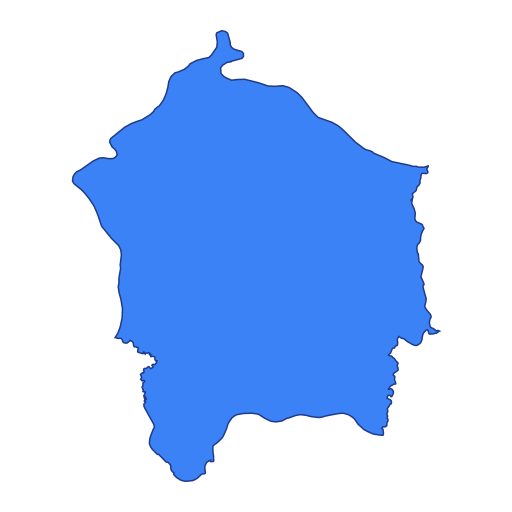 Kossi, Kossi, Burkina Faso
{"feature_id": "67063806B77397496256894", "entity_name": "Kossi", "entity_type": "district", "adm_level": 2, "iso_a3": "BFA", "parent_name": "Burkina Faso", "parent_adm1": "Kossi", "projection": "albers", "projection_center": [-3.794, 12.935], "detail": "fine", "context": "isolated", "style": "filled", "palette": "blue", "viewbox_px": 512, "rotation_deg": 0, "n_neighbors": 0, "source": "geoboundaries", "source_scale": "gbopen_adm2", "svg_char_len": 6073}
<svg xmlns="http://www.w3.org/2000/svg" viewBox="0 0 512 512"><path d="M439.5,331.1L437.8,330.4L436.9,330.9L436.3,330.7L433.1,328.4L431.7,328.0L430.6,327.2L429.8,325.3L429.4,323.0L429.8,319.7L431.1,317.1L430.9,315.5L430.1,314.0L426.9,310.3L425.4,307.9L424.6,306.2L425.8,302.0L426.2,298.9L422.9,286.8L423.5,285.0L424.1,284.5L423.4,282.2L420.9,276.8L422.8,269.1L423.2,266.6L422.3,264.8L420.8,263.7L419.0,261.7L418.3,253.8L417.4,252.8L416.8,248.0L417.3,245.0L419.3,242.9L420.5,240.5L420.6,237.4L421.2,234.3L422.8,230.4L423.4,229.8L424.0,228.4L423.7,227.6L422.8,226.4L422.5,225.0L421.6,224.1L416.3,221.8L414.8,219.1L415.3,213.2L414.1,208.5L412.1,204.5L411.7,203.0L412.3,199.5L411.1,200.2L411.2,199.7L412.6,198.3L413.0,196.7L412.5,195.4L412.5,193.6L415.9,190.8L416.4,189.6L417.0,186.9L418.9,185.2L420.1,182.9L419.8,181.0L420.8,178.0L421.0,175.2L421.2,174.5L421.8,173.6L422.5,173.3L426.5,173.6L427.7,172.8L427.8,171.4L426.7,169.1L426.7,168.8L428.3,166.4L428.1,165.9L424.2,167.2L418.0,167.1L416.4,166.3L412.8,166.4L410.0,165.4L391.9,161.6L384.7,157.8L373.7,153.2L372.3,151.8L369.4,150.6L365.7,149.6L362.9,147.8L355.5,142.2L342.1,129.0L338.0,125.7L332.2,122.4L318.1,117.4L313.3,112.7L301.9,97.4L297.1,92.7L289.1,87.5L282.9,85.7L275.0,86.3L268.0,86.0L258.3,82.7L244.7,79.3L237.5,79.5L231.5,80.2L226.0,77.8L223.4,76.1L221.0,73.4L220.6,68.0L222.4,65.4L227.0,62.4L230.9,61.8L230.9,61.4L241.9,58.4L243.5,56.5L243.4,53.3L241.7,51.5L234.1,49.2L231.6,47.4L230.1,44.5L230.3,42.8L227.6,33.1L225.4,31.5L221.7,30.7L216.8,32.8L216.1,34.7L217.3,41.7L216.8,47.2L211.4,55.1L208.6,57.6L203.1,58.7L196.7,60.4L190.2,63.7L188.2,66.3L184.2,69.4L178.1,72.0L175.0,72.8L171.1,76.5L168.8,81.5L167.9,87.1L166.2,93.6L163.3,100.3L159.2,106.0L157.6,106.9L154.7,109.4L153.8,111.3L150.3,114.6L141.7,119.9L136.4,121.6L131.0,123.7L124.6,127.3L110.7,138.5L109.8,140.5L109.9,142.6L112.1,147.0L114.8,149.2L116.4,151.4L117.2,154.8L115.4,157.3L113.1,158.5L109.1,158.7L103.7,157.8L99.5,158.0L93.2,161.0L80.4,170.0L76.8,171.7L74.7,173.8L73.1,176.5L72.5,181.0L73.9,183.6L81.6,189.9L85.5,194.0L89.4,199.0L94.1,206.1L97.8,214.8L101.6,226.2L111.4,238.3L118.6,245.5L120.8,249.9L121.4,254.9L120.2,265.0L120.6,268.4L118.9,278.4L119.0,282.4L118.2,286.8L119.0,292.2L121.0,299.9L122.5,308.8L122.1,318.2L120.1,327.2L117.8,333.3L115.1,337.6L118.1,338.4L120.1,338.3L121.3,338.6L122.4,340.0L122.6,341.4L123.6,342.6L124.1,342.8L125.5,343.1L127.1,343.0L129.6,341.1L130.2,340.3L130.9,340.9L132.2,341.4L133.2,342.9L133.7,345.9L134.4,346.8L135.7,346.8L136.8,347.4L137.8,347.5L138.1,347.8L138.2,348.9L137.7,350.2L137.7,351.9L138.5,352.4L142.9,353.7L143.4,353.4L143.4,352.3L143.8,351.9L144.2,352.3L144.6,353.5L145.2,354.1L145.6,353.1L147.7,353.1L149.0,352.7L149.7,353.2L149.4,354.5L149.7,354.8L150.7,354.4L150.9,354.6L150.7,356.5L151.0,356.7L152.9,356.3L154.4,356.7L154.8,357.0L155.0,359.6L155.5,360.6L155.8,360.9L156.6,360.6L157.0,360.8L156.3,363.0L154.8,364.7L153.6,364.3L152.8,364.4L151.9,365.2L153.1,367.0L152.9,367.4L150.7,368.6L149.1,366.8L148.3,366.6L146.0,368.6L144.4,368.4L143.7,369.0L143.6,370.3L144.0,371.0L143.8,372.6L143.5,372.9L142.4,372.8L140.5,374.3L141.4,376.7L141.6,377.9L140.6,379.3L142.3,381.0L143.3,380.4L144.4,380.7L144.8,381.1L144.4,381.8L142.9,383.1L143.0,385.5L142.0,387.2L142.6,388.2L142.7,389.2L143.3,389.6L143.3,390.8L142.9,391.4L144.6,392.3L144.9,391.8L145.3,391.8L145.4,392.1L144.6,394.5L144.0,395.1L143.9,396.5L144.2,396.7L144.8,396.4L145.6,397.2L145.6,397.8L145.1,398.2L144.4,398.2L144.6,398.8L145.9,398.7L146.4,399.1L146.1,399.5L145.4,399.6L144.4,400.5L144.3,401.1L144.6,401.4L145.0,401.1L145.4,401.4L145.5,402.1L145.0,402.9L144.1,403.6L143.9,404.9L144.0,406.3L144.7,408.0L153.5,423.8L154.2,425.8L154.3,426.9L154.0,428.1L153.2,429.4L150.5,436.2L149.8,439.0L149.4,442.9L149.5,444.2L150.8,447.1L152.3,449.3L157.4,454.4L158.8,454.5L166.1,462.0L167.5,462.1L168.8,463.0L170.6,465.3L170.9,469.1L171.3,470.2L172.5,471.9L174.1,472.8L173.7,474.5L176.4,477.4L180.5,480.0L182.4,480.7L185.6,481.3L192.6,480.6L195.0,479.6L197.6,478.0L201.0,474.7L202.3,473.9L204.6,473.8L204.9,473.6L205.3,473.0L205.4,472.2L204.8,468.4L205.0,465.8L206.3,462.9L207.2,462.0L208.9,460.9L210.5,460.2L210.5,461.6L212.3,461.6L213.3,461.4L213.7,461.1L213.8,459.8L213.5,458.7L213.6,456.4L213.0,452.4L212.8,447.0L213.1,446.0L214.8,444.3L216.0,443.6L218.7,441.3L221.8,438.2L223.4,435.9L226.4,429.1L228.0,423.9L229.5,421.3L232.0,417.8L234.0,416.2L236.4,414.8L239.7,414.1L243.6,413.5L250.3,413.2L251.8,413.2L257.2,414.0L258.8,414.4L264.4,418.1L270.1,420.9L271.3,421.3L275.8,421.9L281.8,421.0L286.7,418.4L289.1,417.8L295.5,415.5L300.2,414.6L306.0,415.3L311.1,416.6L318.8,417.5L321.4,417.2L325.7,416.0L335.2,414.1L339.3,413.5L342.6,413.2L343.8,413.4L347.8,414.4L350.1,415.6L354.2,418.5L357.9,424.0L363.9,429.5L367.5,431.5L373.2,434.0L379.3,435.0L382.9,435.3L383.3,434.6L383.5,433.6L383.1,429.8L382.7,428.9L381.7,428.2L382.8,426.9L383.7,426.6L383.9,426.9L385.0,426.9L386.8,425.7L386.9,422.7L387.9,421.1L388.0,419.3L387.1,417.9L387.6,416.0L386.8,413.8L387.8,411.4L387.3,408.5L389.2,406.0L389.8,404.7L391.2,403.7L391.4,403.2L391.5,401.7L391.0,400.4L390.3,399.8L387.1,398.3L387.5,396.0L389.1,395.2L389.8,395.2L391.0,396.7L391.8,396.5L393.4,393.2L393.3,391.1L392.0,389.2L391.4,388.9L390.4,388.8L389.1,389.4L388.5,389.3L388.5,388.9L389.4,388.2L389.7,386.8L391.3,385.5L391.9,385.4L393.6,384.2L395.6,384.0L395.8,383.1L394.7,380.4L394.5,379.1L394.9,376.8L394.4,376.0L393.3,375.3L393.3,374.3L394.0,373.1L397.8,370.5L398.1,369.4L397.9,367.5L397.2,366.2L397.1,365.5L398.0,363.7L397.9,362.7L396.5,361.6L394.4,358.6L392.9,357.6L392.0,356.5L391.4,356.1L389.0,355.6L388.5,355.2L388.6,354.8L390.6,352.9L392.1,349.1L392.6,348.4L393.2,348.0L394.5,348.0L395.0,346.7L395.5,346.1L397.0,345.5L397.5,345.0L397.7,341.8L397.3,340.6L397.4,339.3L397.6,338.4L398.9,336.4L401.4,338.2L403.9,338.7L407.1,341.4L412.6,344.6L415.5,345.5L416.9,345.4L419.0,344.2L420.7,342.7L422.0,339.6L422.5,335.8L423.3,333.3L425.5,330.7L426.6,329.8L427.5,329.9L428.1,330.6L428.9,333.6L429.7,334.1L432.9,333.9L436.5,333.1L439.0,331.3L439.5,331.1Z" fill="#3b82f6" stroke="#1e3a8a" stroke-width="1.5"/></svg>